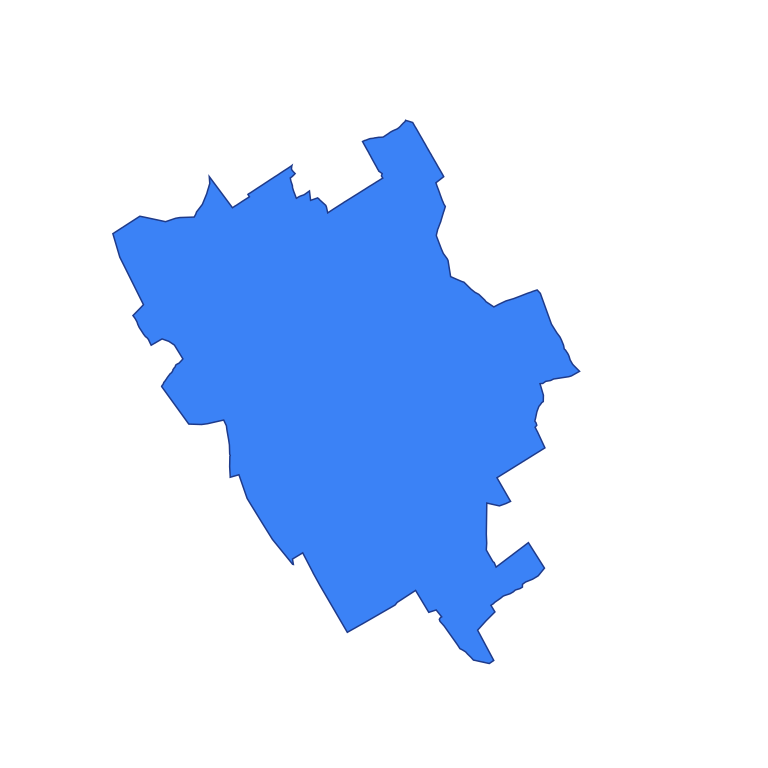 Tunkás, Yucatán, Mexico, rotated 142°
{"feature_id": "50627088B40114968381237", "entity_name": "Tunkás", "entity_type": "district", "adm_level": 2, "iso_a3": "MEX", "parent_name": "Mexico", "parent_adm1": "Yucatán", "projection": "mercator", "projection_center": [-88.776, 20.896], "detail": "fine", "context": "isolated", "style": "filled", "palette": "blue", "viewbox_px": 768, "rotation_deg": 142, "n_neighbors": 0, "source": "geoboundaries", "source_scale": "gbopen_adm2", "svg_char_len": 5629}
<svg xmlns="http://www.w3.org/2000/svg" viewBox="0 0 768 768"><g transform="rotate(142 384 384)"><path d="M565.6,349.0L567.6,330.2L567.1,304.4L567.0,298.2L566.5,297.6L563.9,302.4L552.0,301.0L556.1,279.0L556.2,278.9L558.5,264.5L565.8,210.9L546.6,208.0L529.7,205.6L511.2,203.0L508.1,203.8L486.2,201.9L489.3,176.5L482.0,173.8L481.9,165.0L483.4,165.2L485.3,164.5L486.0,162.5L485.6,156.3L486.7,132.9L487.1,128.7L486.0,126.4L484.9,123.5L484.6,122.6L484.4,119.6L483.8,115.5L483.5,111.4L473.1,98.9L467.7,98.6L461.8,132.4L449.1,134.6L436.9,136.1L436.0,143.8L432.7,143.5L431.6,143.8L423.4,143.4L420.9,143.5L419.3,143.1L413.7,141.1L410.0,140.6L407.3,140.8L402.9,139.1L400.0,138.7L398.2,140.9L394.3,140.8L391.6,140.0L387.1,138.7L380.6,137.9L370.9,140.1L367.9,170.1L408.4,170.7L407.1,175.5L407.5,176.9L406.9,181.4L405.6,190.2L401.1,195.3L395.8,202.7L376.3,226.9L368.1,216.9L361.4,214.7L356.5,213.6L356.2,216.1L352.7,240.6L296.5,234.6L292.5,251.9L292.2,253.7L291.8,255.5L291.6,256.9L289.0,257.4L288.1,259.8L288.0,261.9L285.8,263.6L280.6,268.0L277.7,269.8L275.7,271.0L273.4,271.5L271.1,272.2L269.3,272.1L265.3,277.0L261.5,286.6L260.9,288.2L260.3,287.9L258.6,286.7L254.9,286.5L250.6,284.2L247.2,283.5L244.6,282.0L240.8,279.9L233.9,276.0L231.3,275.0L222.1,273.6L223.1,282.0L223.2,283.6L222.5,288.4L221.2,291.7L220.7,293.4L220.4,295.2L220.3,296.9L220.1,298.9L220.4,300.7L219.4,302.5L218.6,304.1L217.1,309.4L216.4,312.7L216.3,317.9L215.5,325.5L215.2,328.1L205.0,359.2L205.4,363.8L209.7,365.4L211.6,365.9L215.2,367.2L222.3,369.3L229.4,371.5L236.8,374.4L244.8,376.2L250.0,377.1L253.0,386.2L252.9,388.0L254.1,396.3L255.8,400.1L255.9,400.3L257.1,405.4L258.3,415.0L259.6,416.9L262.4,422.0L265.4,427.6L257.5,441.9L257.1,443.9L256.9,450.3L255.7,455.0L251.5,468.6L250.6,469.5L247.3,472.1L246.5,472.8L245.5,473.3L245.0,473.6L242.1,475.4L241.6,475.7L240.2,476.5L239.2,477.1L238.3,477.8L235.2,480.0L234.1,480.8L232.2,482.1L231.3,482.8L230.4,483.3L228.1,484.9L226.4,486.1L226.3,486.7L226.1,488.9L225.4,491.2L225.1,492.6L224.4,494.8L224.1,495.7L223.3,498.2L223.1,498.9L222.8,499.6L221.8,502.7L221.3,504.2L221.1,505.0L220.4,507.1L220.2,507.9L219.8,508.9L219.2,510.6L217.4,510.6L214.7,510.6L209.3,510.6L209.0,512.2L208.3,517.0L208.2,517.7L207.6,522.3L207.2,524.7L206.6,529.1L206.1,532.5L206.0,533.6L205.7,535.2L205.6,535.8L205.4,537.6L205.3,538.5L205.1,539.8L205.0,540.7L205.0,540.8L204.9,540.8L204.9,541.0L204.8,541.6L204.7,542.4L204.5,544.0L204.0,546.9L203.7,549.0L203.5,550.7L203.0,553.8L202.8,555.3L202.4,558.3L202.2,559.6L201.9,561.6L201.6,563.6L201.2,566.5L201.2,567.0L200.6,571.0L200.4,572.4L202.8,575.9L204.3,577.9L204.6,578.5L205.8,577.9L206.3,577.8L208.2,577.7L208.8,577.6L210.2,577.4L211.1,577.3L212.3,577.0L214.8,576.8L216.0,576.9L217.1,577.0L218.8,577.5L221.2,578.1L223.6,578.5L225.0,578.6L226.3,578.6L228.7,578.8L231.3,579.0L232.1,579.0L233.2,579.4L235.0,580.7L236.5,581.8L236.9,582.0L238.7,583.0L240.1,583.8L241.1,584.2L243.8,585.9L245.5,586.5L248.3,587.3L249.0,587.7L251.6,588.3L252.1,585.5L252.7,581.7L253.1,579.1L253.6,575.6L254.0,573.9L254.0,573.4L254.1,572.7L254.6,570.0L254.8,568.8L255.7,563.3L256.2,560.0L256.8,556.7L256.8,555.7L257.1,555.1L255.9,550.9L257.9,549.6L258.2,547.0L259.8,547.2L260.6,547.3L262.7,547.5L265.9,547.9L267.5,548.0L268.1,548.1L269.3,548.2L272.0,548.5L272.5,548.6L275.5,548.9L277.7,549.1L280.1,549.3L280.6,549.4L283.7,549.7L286.5,550.0L287.9,550.1L288.5,550.2L292.3,550.6L295.3,550.9L299.0,551.3L300.9,551.5L303.3,551.8L305.1,551.9L315.6,552.9L323.0,553.5L320.4,558.9L319.9,560.6L321.4,569.3L321.3,570.0L321.6,570.8L321.7,571.5L328.8,573.9L323.9,582.0L325.8,582.1L328.3,582.2L330.0,582.3L331.1,582.5L333.3,583.3L335.5,583.9L338.1,584.2L338.7,584.3L338.3,585.8L337.9,587.0L337.1,589.6L336.7,591.0L336.6,591.3L335.9,593.2L335.2,595.0L334.0,596.8L333.2,599.0L332.8,600.2L332.2,601.7L331.0,604.1L329.9,604.0L328.5,604.0L326.6,604.2L324.5,604.5L324.7,606.5L324.8,607.2L324.8,609.4L324.6,610.3L324.1,610.9L323.1,611.9L322.8,612.3L322.0,612.9L322.9,612.9L324.5,613.0L327.2,613.2L331.3,613.6L332.5,613.7L335.0,613.9L339.4,614.2L343.2,614.6L344.8,614.7L347.8,615.0L350.6,615.2L354.1,615.5L357.0,615.7L358.0,615.8L361.4,616.1L363.7,616.3L366.3,616.5L370.0,616.8L371.3,616.9L373.7,617.2L374.5,617.2L374.7,615.6L374.8,614.4L375.3,614.4L378.2,614.7L380.3,614.9L383.3,615.2L384.9,615.3L387.5,615.5L388.5,615.6L390.2,615.7L392.2,616.0L393.0,616.0L394.9,616.2L394.6,628.6L394.0,655.0L397.9,649.2L399.4,648.2L401.3,646.8L403.8,645.1L406.5,643.1L416.5,637.4L419.9,636.5L425.8,635.0L427.8,633.7L430.8,632.4L442.3,640.8L446.2,642.9L456.2,646.4L459.2,650.0L470.1,663.0L473.1,666.5L476.2,666.8L505.1,669.4L514.0,646.9L514.1,646.7L516.6,634.3L524.7,594.6L527.7,594.1L539.7,592.5L539.8,588.9L540.2,586.2L540.5,584.7L541.3,582.6L542.1,579.2L542.4,575.3L542.8,571.0L542.8,568.1L542.3,566.7L542.2,564.2L543.0,560.7L543.6,557.9L532.1,556.3L531.1,556.1L527.3,550.1L525.2,543.7L527.0,527.6L527.9,527.4L528.5,527.3L529.0,527.2L530.9,526.9L533.0,526.6L533.9,526.9L536.0,527.2L536.9,526.9L537.8,526.2L538.6,526.0L539.7,525.8L540.4,525.5L541.4,525.3L541.9,524.7L543.2,524.1L544.0,523.9L544.7,523.7L545.5,523.7L546.0,523.8L547.4,523.4L549.0,523.0L551.4,522.3L552.4,521.9L553.9,521.5L555.3,521.0L556.4,520.9L556.8,520.7L557.2,520.3L558.0,520.0L558.6,519.6L559.7,519.5L560.1,519.3L560.8,518.9L560.8,518.2L560.9,516.1L562.5,472.6L556.9,467.9L552.7,464.4L547.4,461.3L532.5,454.3L533.3,450.8L533.9,448.1L535.3,445.8L536.5,443.7L540.7,435.8L543.3,431.2L548.8,423.7L549.2,422.3L549.9,422.0L556.5,413.9L561.7,406.4L561.8,406.3L561.9,406.1L562.6,405.2L554.2,401.8L562.3,378.1L563.2,370.4L565.6,349.0Z" fill="#3b82f6" stroke="#1e3a8a" stroke-width="1.5"/></g></svg>